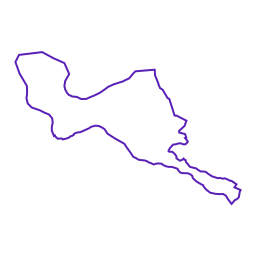 Mokwa, Niger, Nigeria (Mercator projection)
{"feature_id": "59680162B23155718085687", "entity_name": "Mokwa", "entity_type": "district", "adm_level": 2, "iso_a3": "NGA", "parent_name": "Nigeria", "parent_adm1": "Niger", "projection": "mercator", "projection_center": [5.257, 9.194], "detail": "fine", "context": "isolated", "style": "outline", "palette": "violet", "viewbox_px": 256, "rotation_deg": 0, "n_neighbors": 0, "source": "geoboundaries", "source_scale": "gbopen_adm2", "svg_char_len": 2789}
<svg xmlns="http://www.w3.org/2000/svg" viewBox="0 0 256 256"><path d="M54.0,136.0L54.8,135.4L55.4,136.5L57.7,138.7L60.5,138.5L61.4,138.5L61.7,138.5L62.0,138.7L62.4,139.0L62.5,139.1L62.6,139.3L62.8,139.3L63.0,139.4L63.3,139.3L63.6,139.2L63.8,139.1L65.4,138.9L68.9,137.6L70.5,136.3L72.0,136.0L73.1,135.1L73.9,134.7L74.0,134.0L75.7,132.9L78.0,132.4L80.2,132.2L82.3,131.3L85.6,129.8L89.2,128.2L90.9,126.9L93.7,126.1L95.4,125.7L98.9,126.0L101.8,127.4L104.6,129.2L107.6,133.8L108.1,134.1L111.1,136.0L115.0,138.5L119.3,140.9L124.4,143.8L126.6,147.3L131.0,153.3L133.2,156.8L136.2,158.2L138.4,159.7L141.4,160.1L144.5,160.4L147.1,161.3L149.0,162.5L150.8,163.0L153.6,164.5L155.2,163.9L158.1,163.4L161.9,163.8L162.9,164.9L165.7,166.2L168.7,166.9L171.7,166.9L173.8,167.5L175.4,168.0L177.5,168.8L178.1,169.9L179.1,171.3L180.4,172.6L182.5,173.1L184.7,173.2L187.2,173.2L189.6,173.9L192.1,175.6L192.9,178.1L193.7,178.9L196.3,181.4L196.9,181.7L198.1,182.5L201.1,184.2L203.2,185.3L203.9,186.9L206.3,189.7L210.4,192.8L214.0,193.5L214.6,193.7L217.6,194.0L219.2,194.1L219.6,194.1L223.0,194.0L225.8,195.6L228.2,199.5L231.6,203.9L234.7,200.2L237.0,199.1L238.8,197.3L239.8,191.7L240.6,190.0L234.5,187.4L236.5,184.3L231.4,180.8L229.8,180.8L229.1,180.2L227.7,179.5L224.7,178.3L222.7,178.7L219.9,177.9L217.9,178.2L216.0,177.6L212.0,176.3L209.5,174.7L207.6,173.4L206.5,172.5L205.9,172.0L204.5,171.6L203.3,171.5L202.4,171.5L202.2,171.5L200.6,171.4L197.6,169.6L196.9,168.9L196.4,168.6L196.0,168.3L195.2,168.2L194.4,168.0L193.3,167.7L191.3,167.2L189.9,166.8L187.5,163.7L186.0,162.1L185.6,160.1L184.4,159.7L183.6,158.6L182.4,159.7L180.0,160.7L176.5,158.4L176.5,156.7L175.2,154.4L172.3,151.8L171.5,151.8L169.2,151.7L168.5,151.0L168.7,150.3L169.8,148.4L171.1,146.8L173.1,144.6L174.8,144.5L177.3,143.8L178.6,143.4L180.7,143.3L180.8,143.3L183.2,144.3L184.7,144.4L184.8,144.4L185.4,144.1L185.6,144.1L186.1,143.6L187.2,142.6L187.8,141.5L186.4,139.7L185.1,138.1L186.3,137.7L185.1,134.1L179.2,132.5L179.1,130.9L184.6,125.9L186.4,120.7L176.5,115.6L174.6,115.6L169.3,98.9L167.6,98.1L162.7,89.8L160.0,88.0L158.4,84.3L158.5,83.8L155.1,75.5L154.7,69.7L135.4,71.3L133.3,73.4L129.1,78.4L124.6,80.5L122.8,81.5L119.9,82.3L118.5,82.8L113.5,84.4L110.7,85.7L110.1,86.0L108.2,86.8L104.9,89.3L104.1,89.8L103.5,90.3L102.1,91.3L100.8,92.1L99.7,92.9L98.4,93.5L97.5,93.9L94.8,95.3L89.6,97.4L88.1,98.1L86.3,98.9L81.6,99.0L80.6,98.8L76.8,96.9L75.3,96.9L74.2,96.6L72.1,96.5L71.3,95.9L69.9,95.4L68.7,94.8L68.3,94.4L67.4,93.4L65.2,89.5L64.4,86.1L65.2,81.0L69.2,74.0L64.4,63.1L53.2,58.1L42.2,52.1L19.0,54.9L15.4,62.0L19.6,73.6L26.8,85.8L27.0,88.3L27.1,92.1L26.8,96.2L26.4,97.8L27.7,103.5L31.7,107.5L39.9,110.3L45.0,112.9L46.6,113.5L49.2,114.6L52.2,118.4L52.7,122.6L51.8,127.1L51.8,130.6L54.0,136.0Z" fill="none" stroke="#5b21b6" stroke-width="2"/></svg>